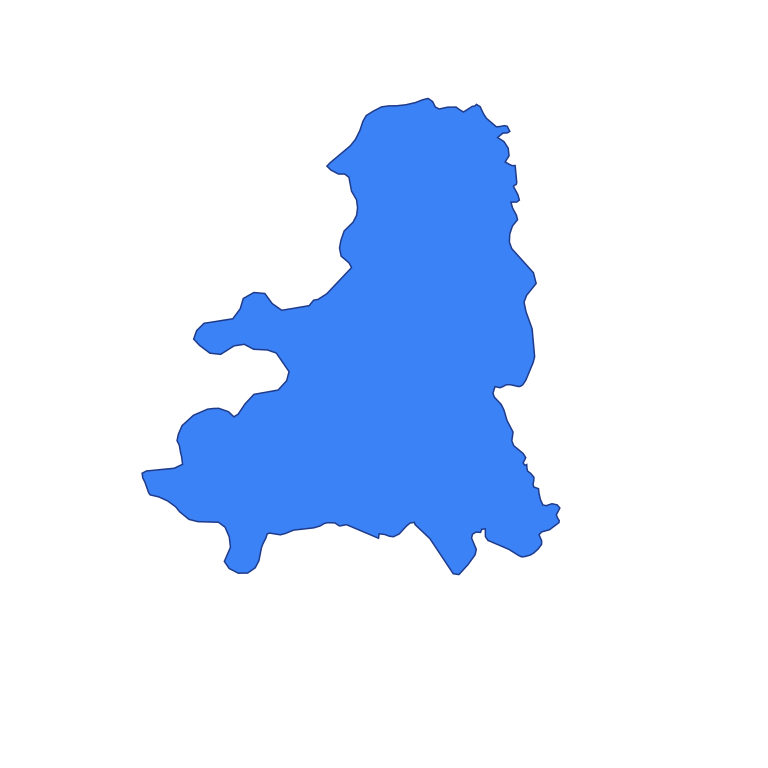 map outline of Mou Houn (Mercator projection), rotated 143°
{"feature_id": "BFA-2804", "entity_name": "Mou Houn", "entity_type": "Province", "adm_level": 1, "iso_a3": "BFA", "parent_name": "Burkina Faso", "parent_adm1": "", "projection": "mercator", "projection_center": [-3.423, 12.234], "detail": "fine", "context": "isolated", "style": "filled", "palette": "blue", "viewbox_px": 768, "rotation_deg": 143, "n_neighbors": 0, "source": "natural_earth", "source_scale": "10m", "svg_char_len": 3087}
<svg xmlns="http://www.w3.org/2000/svg" viewBox="0 0 768 768"><g transform="rotate(143 384 384)"><path d="M617.0,326.3L618.7,329.8L618.3,338.4L604.9,346.0L599.6,355.0L597.1,365.3L599.4,373.2L615.5,386.1L621.2,393.2L624.1,404.8L624.3,411.4L627.2,420.9L631.9,429.5L637.5,436.2L637.4,438.8L634.0,449.5L633.2,454.1L630.9,458.3L626.0,457.5L602.3,443.0L593.2,441.1L589.2,448.1L588.3,450.5L584.3,458.4L583.4,463.3L578.5,467.6L570.3,472.3L555.0,473.7L540.1,470.1L535.1,467.2L530.6,464.0L524.9,455.5L523.6,448.1L518.6,447.7L506.7,451.8L494.1,454.0L472.2,442.9L459.8,445.2L452.4,451.0L451.4,473.6L456.7,481.4L467.2,490.2L471.7,499.8L480.8,504.7L496.6,506.0L504.5,513.4L508.1,526.0L509.0,534.4L501.5,539.4L491.2,540.8L465.5,527.1L453.6,530.6L444.9,537.0L432.9,535.4L424.7,528.0L424.9,515.6L421.3,504.4L396.6,491.6L389.8,493.3L385.9,491.3L375.5,490.5L339.9,496.5L339.0,501.5L341.3,511.9L337.7,519.4L331.9,524.7L323.7,530.2L311.4,531.8L304.4,535.2L299.1,540.6L295.1,547.6L293.9,557.5L287.6,570.2L289.1,575.4L294.0,579.1L297.6,586.6L298.5,592.3L294.3,593.1L267.6,594.5L259.7,596.5L250.8,600.9L242.7,606.5L236.6,609.1L228.6,608.4L219.2,606.8L212.9,603.3L206.8,598.8L198.8,594.0L189.5,589.8L182.2,587.8L176.9,585.5L175.2,580.3L176.3,574.3L174.4,570.4L166.6,566.8L159.8,561.8L158.5,557.4L156.8,553.4L146.5,552.6L144.1,551.3L141.9,551.7L140.3,547.7L141.9,540.1L142.3,534.5L139.5,521.8L136.3,519.8L132.4,517.9L130.5,515.7L131.5,510.0L134.4,510.3L138.1,512.8L144.9,512.5L142.3,505.4L142.9,497.5L146.8,491.0L153.6,488.4L151.3,483.1L150.1,481.2L147.8,479.5L156.8,464.9L158.4,463.8L160.3,464.2L161.7,463.8L163.2,454.5L165.2,449.4L168.4,449.4L173.2,452.8L175.4,447.2L176.7,439.0L178.5,434.8L186.3,432.9L193.3,428.1L198.5,421.8L200.5,415.3L197.7,382.9L202.0,372.7L216.7,369.0L222.9,365.1L227.1,356.2L232.5,338.9L247.3,315.1L252.1,311.3L268.4,301.7L273.6,299.9L276.2,300.0L277.9,300.8L283.6,307.5L287.0,309.9L290.3,310.3L293.6,311.2L296.9,315.1L302.5,311.1L303.8,307.1L302.7,297.2L303.8,291.2L307.7,280.9L308.5,276.1L309.9,267.9L316.1,261.7L317.5,256.6L314.7,244.7L315.1,239.9L320.4,237.2L320.4,234.2L318.5,233.8L320.6,230.6L321.7,228.0L320.6,224.1L320.4,219.3L322.4,216.8L325.1,214.5L326.4,211.6L323.6,207.4L325.8,203.8L328.6,197.7L329.9,191.8L327.7,189.2L321.9,187.3L318.4,183.2L318.2,179.1L325.1,175.8L326.0,172.6L326.3,169.4L327.7,168.0L339.5,168.0L347.2,171.0L350.9,170.3L352.5,163.8L354.7,161.1L360.0,159.5L365.9,158.9L369.9,159.3L375.4,161.4L378.2,163.2L379.7,166.1L383.9,177.0L395.1,196.5L394.9,201.0L390.3,207.4L393.4,209.2L394.0,208.7L396.2,207.4L399.8,210.4L403.7,210.8L406.8,208.2L409.8,196.4L414.0,192.8L425.6,189.2L438.8,186.7L442.9,190.8L440.4,232.9L443.8,253.0L443.0,255.1L446.8,257.3L451.8,257.0L462.0,255.1L468.3,256.3L471.4,259.3L473.9,263.3L478.0,267.3L481.2,264.1L498.6,294.2L504.7,297.2L505.4,298.4L506.6,302.0L507.4,303.1L512.7,307.3L515.9,308.6L520.6,309.1L526.7,311.4L544.1,321.7L552.8,324.0L557.5,325.9L565.1,333.8L567.5,334.6L571.0,332.1L577.1,329.1L580.4,327.0L590.3,318.1L597.5,314.7L606.7,315.1L614.2,320.6L617.0,326.3Z" fill="#3b82f6" stroke="#1e3a8a" stroke-width="1.5"/></g></svg>